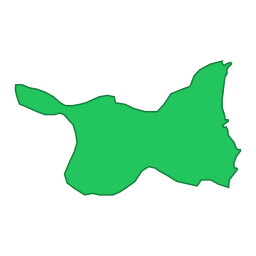 Myongchon, Hamgyŏng-bukto, North Korea (orthographic projection)
{"feature_id": "82179303B5816291579612", "entity_name": "Myongchon", "entity_type": "district", "adm_level": 2, "iso_a3": "PRK", "parent_name": "North Korea", "parent_adm1": "Hamgyŏng-bukto", "projection": "orthographic", "projection_center": [129.544, 40.98], "detail": "fine", "context": "isolated", "style": "filled", "palette": "green", "viewbox_px": 256, "rotation_deg": 0, "n_neighbors": 0, "source": "geoboundaries", "source_scale": "gbopen_adm2", "svg_char_len": 1324}
<svg xmlns="http://www.w3.org/2000/svg" viewBox="0 0 256 256"><path d="M228.7,187.4L228.7,184.0L229.4,179.7L237.4,169.4L236.8,168.1L234.4,168.2L233.7,163.6L236.4,156.4L240.6,150.7L240.2,149.6L237.8,149.6L235.8,147.4L234.0,142.3L232.1,140.0L228.2,135.2L227.9,130.9L226.3,127.0L223.8,127.2L222.5,125.5L228.3,121.1L228.0,119.7L224.9,119.6L224.9,116.6L222.2,107.7L222.1,100.2L224.2,82.3L225.0,76.8L227.1,73.4L226.8,70.0L227.6,68.1L231.6,63.8L230.8,62.4L226.5,63.8L224.3,65.5L223.1,64.9L221.9,62.1L222.3,61.1L210.4,64.1L199.6,70.0L194.1,76.0L190.0,86.4L181.8,89.4L171.0,93.8L164.1,104.2L157.3,111.7L145.1,111.7L134.3,108.7L124.9,104.3L115.5,102.8L114.2,96.8L107.5,95.4L99.3,96.8L92.5,99.8L85.7,102.8L80.3,104.3L72.2,105.7L65.4,105.7L60.1,102.7L53.4,96.8L45.3,92.3L37.3,89.3L29.2,87.8L22.5,84.9L18.4,84.8L15.7,84.8L15.4,89.7L16.6,95.4L19.5,104.1L23.5,105.6L30.2,108.6L37.0,111.6L45.0,114.6L54.5,114.6L59.9,113.1L64.0,114.6L69.3,120.6L73.3,125.0L75.9,134.0L77.1,142.9L74.3,151.8L70.1,160.7L64.5,174.0L67.1,182.9L75.2,188.9L84.6,194.8L87.0,194.4L92.7,193.4L99.5,194.9L106.3,194.9L113.0,194.9L119.9,191.9L126.7,187.4L134.9,181.5L141.8,171.1L148.6,166.6L155.3,168.1L159.4,171.1L167.4,175.5L176.9,181.4L190.4,184.4L197.1,185.9L201.3,179.9L210.7,179.9L218.8,184.3L228.7,187.4Z" fill="#22c55e" stroke="#15803d" stroke-width="1.5"/></svg>